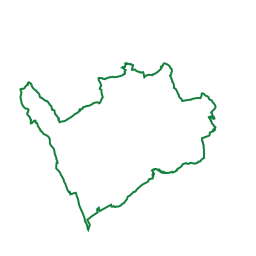 Apostolache, Prahova, Romania, rotated 338°
{"feature_id": "2599482B23348990621180", "entity_name": "Apostolache", "entity_type": "district", "adm_level": 2, "iso_a3": "ROU", "parent_name": "Romania", "parent_adm1": "Prahova", "projection": "mercator", "projection_center": [26.269, 45.129], "detail": "fine", "context": "isolated", "style": "outline", "palette": "green", "viewbox_px": 256, "rotation_deg": 338, "n_neighbors": 0, "source": "geoboundaries", "source_scale": "gbopen_adm2", "svg_char_len": 5710}
<svg xmlns="http://www.w3.org/2000/svg" viewBox="0 0 256 256"><g transform="rotate(338 128 128)"><path d="M128.4,183.4L132.0,184.0L132.3,182.9L133.2,182.5L133.1,180.6L133.3,180.4L133.9,180.3L134.2,180.4L134.6,180.9L134.8,180.8L134.9,179.8L134.4,179.2L134.9,178.6L134.3,176.4L136.0,175.9L136.4,176.0L136.9,176.5L137.6,176.0L138.7,176.6L139.3,177.3L140.2,177.6L140.2,178.6L140.9,179.4L141.1,178.5L141.5,178.4L141.8,179.2L141.4,179.7L142.3,180.4L141.7,180.8L142.0,181.3L142.5,181.4L142.4,181.8L143.3,182.3L143.5,182.6L144.4,181.8L144.7,181.8L144.8,181.9L144.8,183.1L145.2,183.6L146.4,183.5L146.7,184.1L149.2,185.0L150.5,184.8L152.0,185.5L152.5,185.2L152.8,186.0L154.1,186.1L157.4,185.7L157.6,185.5L157.5,185.3L158.1,185.2L158.3,184.6L158.7,184.4L161.6,184.1L164.0,183.1L165.0,182.2L165.7,182.0L167.1,182.2L168.8,182.3L169.5,183.3L170.1,183.7L171.3,184.0L172.5,183.6L173.4,183.9L176.6,186.2L177.5,186.0L178.5,186.3L179.5,186.3L180.6,185.5L181.8,186.1L183.1,185.7L183.6,185.3L185.3,184.5L187.4,184.2L187.6,183.0L189.1,180.1L189.0,179.5L190.2,176.9L191.0,173.6L191.6,173.1L191.6,170.9L192.2,169.3L191.8,167.6L192.4,166.7L192.8,165.2L200.4,165.5L201.2,164.9L202.1,163.0L204.6,162.8L205.2,162.5L205.8,162.0L205.6,162.7L205.8,162.9L207.5,162.6L208.1,161.8L208.4,160.9L209.4,160.0L208.4,158.2L208.4,157.3L207.5,155.1L207.8,153.9L207.5,152.7L207.8,152.5L207.8,151.8L207.3,150.9L207.5,150.2L207.0,148.8L207.0,148.2L208.7,148.3L208.8,148.5L208.7,149.5L208.9,149.6L209.2,149.5L209.3,148.9L209.6,149.0L209.9,149.3L210.4,149.2L210.8,149.7L210.5,151.0L210.5,151.5L211.7,151.6L211.7,149.4L211.3,149.2L210.7,148.1L210.8,147.6L211.4,146.6L211.3,145.2L210.8,144.9L210.8,144.7L215.5,142.7L216.8,141.7L217.2,140.8L217.3,139.5L216.7,137.0L216.1,136.0L216.1,134.0L215.4,133.4L214.0,131.5L214.0,130.8L214.2,129.9L213.8,128.7L212.2,127.2L211.5,126.0L211.3,125.2L210.9,124.5L210.1,123.7L209.1,123.9L208.8,124.8L207.9,125.9L206.5,127.3L206.2,127.4L203.9,126.2L198.6,125.1L197.3,125.4L196.9,125.1L188.5,123.3L188.7,122.7L188.4,122.3L188.5,121.3L188.2,120.6L187.6,119.8L187.1,118.0L187.2,117.1L187.6,116.4L187.1,115.0L187.2,113.1L187.0,110.4L186.6,109.2L185.6,108.0L186.1,107.1L186.7,105.0L186.8,102.7L186.3,101.6L186.9,100.5L186.6,99.0L186.9,98.4L186.7,96.2L187.0,95.7L186.7,95.2L188.1,94.5L188.7,93.1L189.9,91.9L190.4,90.9L190.5,89.8L190.4,89.3L189.8,88.4L189.8,86.7L189.2,85.2L187.8,83.2L186.0,81.7L185.5,81.5L184.4,82.3L183.2,83.6L182.6,83.7L182.0,83.3L181.3,83.7L181.2,84.1L181.6,84.8L180.7,85.5L176.1,87.3L172.9,87.8L171.7,87.5L170.9,88.1L170.5,88.2L168.1,86.8L165.9,86.2L163.8,86.3L162.2,87.0L162.8,83.7L162.9,81.9L160.2,81.3L159.8,80.3L158.5,79.7L157.6,78.6L156.9,77.9L156.6,76.7L156.3,76.5L155.3,76.0L153.9,75.9L153.5,75.6L153.4,75.3L154.8,73.6L155.4,72.5L156.1,72.1L156.2,71.5L154.6,70.2L154.5,69.6L153.6,69.7L151.4,67.7L150.3,67.1L149.5,67.2L149.5,67.4L150.0,68.2L149.3,68.1L148.7,69.4L147.9,70.3L147.3,70.4L146.4,69.5L146.1,69.5L145.2,69.8L146.1,70.5L146.4,72.0L147.5,73.5L145.8,74.7L145.9,75.8L145.4,76.5L144.8,76.8L144.2,76.5L143.1,77.0L140.8,77.0L136.9,76.5L134.3,75.8L133.7,75.5L132.7,74.6L131.1,74.5L130.1,74.0L128.3,74.1L126.9,73.7L125.1,74.2L124.3,73.5L123.1,73.0L122.6,72.0L121.4,71.6L119.9,70.6L119.5,70.7L119.2,71.2L118.8,72.7L118.8,73.4L119.3,75.6L119.1,78.5L118.9,78.9L117.5,79.8L116.5,81.2L117.6,82.5L117.0,84.4L116.4,86.9L116.1,90.0L115.8,90.4L114.2,91.4L111.7,94.0L110.3,94.2L110.2,93.5L109.0,92.6L107.1,92.2L105.8,92.1L105.0,92.3L104.5,92.0L103.6,92.5L101.5,92.8L98.8,92.5L97.9,92.0L96.6,92.3L94.2,91.8L93.1,93.1L91.7,93.1L90.6,92.6L89.9,92.7L89.6,93.0L90.0,94.0L86.6,95.0L83.6,95.3L82.6,95.8L77.9,96.9L75.6,97.1L73.8,97.6L72.1,97.8L70.5,97.6L68.4,97.0L66.9,97.1L66.7,96.6L66.7,95.3L66.5,94.3L67.3,93.9L67.5,93.4L67.4,92.7L66.9,92.4L66.5,89.6L65.9,88.9L65.8,88.3L66.0,87.7L65.8,87.4L65.8,86.2L66.0,85.8L66.3,84.1L65.8,83.3L64.5,82.6L64.9,82.1L64.7,81.0L65.1,78.8L64.1,77.2L64.2,76.3L63.8,75.4L63.8,74.7L63.2,72.8L62.1,72.2L61.9,71.8L61.0,71.0L60.9,70.5L59.4,68.0L58.9,67.7L58.7,67.0L57.9,66.4L58.3,64.0L58.2,62.9L57.8,61.5L56.9,60.2L57.1,59.5L57.0,59.1L56.0,57.9L55.0,55.7L54.5,53.1L54.8,52.2L54.6,51.5L54.7,50.7L54.2,49.7L53.1,48.4L51.8,49.0L51.6,50.4L50.5,50.2L49.4,50.9L48.4,51.1L46.9,52.3L45.5,52.4L44.8,52.3L44.1,51.8L42.8,51.8L42.5,53.2L42.6,54.5L42.3,55.6L40.7,57.7L39.6,59.8L39.5,60.2L39.5,61.6L39.1,62.8L39.0,64.1L38.7,64.8L38.7,66.7L39.2,69.3L39.7,70.7L40.7,71.8L41.6,72.3L42.4,73.2L42.7,73.9L42.2,74.5L41.2,75.4L41.1,75.9L40.5,76.1L39.8,77.1L39.8,78.0L40.1,79.0L41.0,80.8L41.0,81.5L40.7,82.5L41.2,83.9L41.0,84.5L40.4,85.1L39.6,87.3L40.6,87.5L43.6,86.1L44.1,86.1L45.0,86.6L44.4,88.2L44.6,88.7L45.0,88.7L45.4,89.3L45.3,92.8L45.6,95.0L46.1,96.5L46.1,96.8L45.8,97.2L45.9,97.6L46.2,98.4L46.9,99.2L47.0,100.2L47.7,102.2L49.2,103.7L50.8,105.9L51.4,108.9L49.9,112.7L49.8,114.6L50.8,117.5L51.4,119.6L51.2,121.5L50.5,124.0L50.3,128.7L49.9,130.3L49.9,133.3L49.5,134.0L48.7,133.7L47.5,135.8L46.3,138.6L47.8,142.2L48.3,144.2L48.2,146.6L48.6,148.1L49.0,151.7L48.6,153.6L49.0,155.8L48.7,163.4L49.1,165.2L50.1,165.3L50.1,166.5L49.8,166.5L49.7,168.0L54.0,168.2L54.9,168.4L54.8,168.6L55.3,168.8L55.0,172.2L55.0,174.9L53.8,181.5L53.9,187.2L54.1,187.8L54.0,194.6L53.6,196.9L53.2,198.2L53.7,201.9L52.9,206.7L53.0,207.5L56.3,203.5L56.3,201.5L55.9,199.3L55.8,197.9L61.2,196.3L68.1,194.9L68.9,191.8L71.0,191.0L70.6,194.4L83.5,192.8L83.3,194.7L83.9,194.8L84.1,195.1L85.0,195.4L85.5,195.1L86.6,196.6L87.9,196.4L89.1,197.1L90.8,197.3L92.4,197.1L93.6,196.4L96.4,196.0L97.6,195.1L100.0,193.8L100.7,193.3L101.8,191.8L102.7,191.4L104.8,191.3L106.2,190.5L107.6,190.2L109.2,189.3L110.2,189.7L111.3,189.6L113.0,188.3L119.8,185.9L126.2,185.3L127.2,184.6L127.9,183.6L128.4,183.4Z" fill="none" stroke="#15803d" stroke-width="2"/></g></svg>